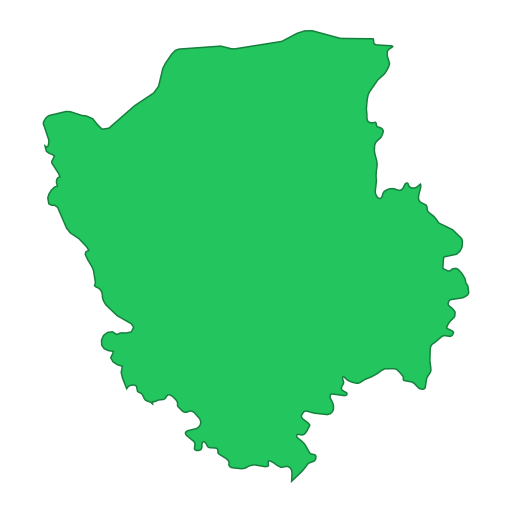 an SVG outline of Volyn
{"feature_id": "UKR-318", "entity_name": "Volyn", "entity_type": "Region", "adm_level": 1, "iso_a3": "UKR", "parent_name": "Ukraine", "parent_adm1": "", "projection": "albers", "projection_center": [25.131, 51.122], "detail": "fine", "context": "isolated", "style": "filled", "palette": "green", "viewbox_px": 512, "rotation_deg": 0, "n_neighbors": 0, "source": "natural_earth", "source_scale": "10m", "svg_char_len": 6040}
<svg xmlns="http://www.w3.org/2000/svg" viewBox="0 0 512 512"><path d="M312.1,30.7L340.4,38.4L373.3,38.8L374.0,43.6L376.1,44.9L391.4,45.8L392.3,46.1L392.7,46.5L392.1,47.2L389.0,49.2L387.8,50.5L387.4,51.6L387.2,52.9L387.2,54.8L387.5,56.8L389.4,62.8L389.5,63.8L388.7,66.6L387.0,70.0L384.9,73.3L383.7,74.6L377.8,79.9L369.6,91.8L368.2,94.5L367.3,98.9L366.7,104.5L366.4,109.2L366.9,114.5L366.9,118.0L367.3,120.0L367.7,120.8L368.2,121.6L369.7,122.5L371.9,122.9L375.5,122.3L376.0,122.9L376.6,125.8L377.1,126.5L377.9,127.0L380.9,127.9L381.7,128.4L382.3,129.0L383.2,130.6L383.2,131.9L382.7,133.6L381.4,136.5L380.5,137.9L377.5,140.5L376.3,141.8L375.3,143.4L374.9,144.5L374.6,146.0L374.4,150.3L374.5,151.6L374.9,153.9L376.8,161.3L377.1,164.5L376.9,166.9L376.3,171.5L376.1,175.1L376.1,177.3L376.5,180.5L375.2,191.7L375.6,194.0L376.8,196.4L377.9,197.7L378.6,198.2L380.2,198.5L381.0,198.1L381.6,197.5L382.0,196.7L382.9,193.7L383.8,192.0L384.4,191.3L386.7,189.9L388.4,189.2L390.3,188.7L392.5,188.6L394.7,188.9L398.3,190.3L400.2,190.3L401.8,189.5L403.0,188.2L405.1,184.0L405.8,183.3L406.6,183.0L407.4,183.1L408.0,183.6L408.6,185.4L409.6,186.9L411.3,187.8L412.4,188.0L414.6,188.0L416.4,187.4L420.4,184.1L420.8,185.0L420.7,187.3L419.1,193.4L418.6,196.3L418.4,198.4L418.7,199.3L419.4,200.9L420.6,202.3L426.1,205.1L426.8,206.3L427.4,210.3L427.8,211.2L428.9,212.5L433.9,216.4L437.2,220.5L438.1,222.0L439.3,223.3L452.4,229.6L461.3,238.2L461.8,239.0L462.4,240.8L462.3,244.9L462.1,246.6L461.4,248.5L459.9,251.3L456.6,254.2L444.5,256.8L443.7,257.4L443.5,259.1L442.9,266.7L442.9,268.1L443.4,268.8L448.5,271.1L450.2,270.7L452.5,268.9L454.2,268.5L456.1,268.4L457.7,269.1L459.1,270.3L462.0,273.6L464.8,278.2L465.3,280.0L465.9,283.1L467.5,285.2L468.0,286.9L468.7,292.3L468.4,293.5L467.7,294.8L465.4,296.5L462.6,297.8L450.4,299.7L449.5,300.3L448.8,301.4L448.1,303.4L448.2,304.6L448.6,305.5L452.0,308.2L454.4,310.9L454.8,311.6L455.1,312.5L455.0,313.6L454.8,315.8L454.5,316.9L449.5,322.0L447.4,325.4L446.8,327.2L447.0,328.3L447.8,328.8L451.9,330.7L452.9,331.5L453.3,332.0L453.5,332.7L453.3,333.4L452.3,335.1L450.8,336.3L449.2,336.3L444.9,335.6L443.0,335.9L441.6,336.7L434.0,343.1L432.3,344.1L431.5,345.1L430.5,347.1L430.2,349.2L429.9,360.7L430.8,368.0L430.9,370.1L430.7,371.2L430.4,372.1L429.2,374.2L428.2,375.6L427.0,377.6L426.6,378.6L425.2,387.7L424.5,388.6L423.6,389.1L421.8,389.2L419.5,388.6L418.1,387.5L414.5,383.7L412.2,382.1L404.4,380.6L403.6,380.2L403.2,379.5L403.4,377.8L403.3,376.9L402.9,376.2L399.5,372.1L396.9,369.6L396.0,369.1L393.8,368.7L384.7,368.8L381.2,370.7L377.5,373.5L370.9,377.1L365.0,379.4L359.8,382.7L358.2,383.2L356.7,383.3L352.4,382.3L348.8,380.9L346.6,379.4L344.1,376.9L343.4,376.7L342.8,376.9L342.6,378.3L342.7,379.3L343.7,382.1L343.5,383.1L343.0,384.5L341.8,386.4L341.4,388.3L341.6,389.4L342.2,390.2L346.2,392.6L346.9,393.2L347.0,394.1L346.6,394.9L345.2,395.6L344.1,395.6L331.7,393.9L330.8,394.4L330.2,395.3L330.0,397.0L330.3,398.1L332.4,402.2L333.0,404.0L333.5,405.9L333.5,408.1L333.4,409.3L333.0,410.6L332.1,412.0L330.3,413.7L327.5,414.6L314.4,413.2L306.3,411.0L304.5,411.4L303.6,412.1L301.9,414.5L301.4,415.6L301.4,416.6L302.0,418.0L302.7,418.8L307.8,422.7L309.5,424.6L309.8,425.3L306.9,431.0L305.6,432.8L304.4,434.1L302.7,434.9L301.7,434.9L298.5,434.4L297.5,434.5L296.8,435.0L296.6,435.8L296.9,437.0L297.5,437.8L301.1,440.6L303.7,443.0L305.3,445.2L309.7,452.9L311.2,454.0L314.3,454.6L315.2,455.0L315.7,455.7L315.9,456.6L315.9,457.9L315.5,459.3L314.5,460.9L312.1,461.9L309.0,463.0L307.6,464.1L305.6,467.0L301.9,471.4L291.6,481.3L292.0,473.5L291.7,470.5L290.7,468.6L289.9,467.7L288.2,466.6L286.5,466.4L281.3,467.4L277.7,465.7L272.8,462.3L270.4,461.1L268.8,460.7L268.3,461.5L268.2,462.4L268.5,465.6L267.4,466.4L265.2,466.7L254.3,464.8L250.3,465.6L248.5,466.2L245.4,468.1L243.7,468.5L241.1,468.7L232.6,467.8L230.7,467.3L229.4,466.1L229.0,465.3L228.9,464.3L229.1,462.1L228.2,460.5L226.5,458.8L219.3,454.3L218.0,453.1L217.8,449.9L217.2,448.7L216.3,448.2L215.2,448.0L209.7,447.7L208.4,447.2L207.5,446.5L206.1,443.6L205.0,442.3L204.0,441.8L203.1,441.8L202.4,442.4L202.1,443.3L201.9,444.3L201.9,447.5L201.1,449.3L200.2,450.0L199.0,450.4L196.5,450.5L195.3,450.0L194.6,449.3L194.4,448.4L195.0,444.2L194.6,442.4L193.7,441.4L186.5,435.4L185.6,433.9L185.4,433.1L185.7,432.3L186.2,431.6L187.7,430.7L196.3,428.6L197.9,427.7L199.1,426.5L200.2,425.0L200.7,423.0L200.7,422.0L200.3,420.0L199.4,418.4L194.3,412.6L192.6,411.5L190.8,411.0L189.8,411.1L186.8,412.2L184.9,412.3L182.8,411.5L177.9,406.5L177.5,405.7L177.5,404.7L177.7,403.8L177.4,402.4L176.6,400.6L173.5,397.3L171.4,395.7L169.9,394.9L168.4,394.8L167.7,395.1L166.5,396.3L165.6,397.9L165.0,398.6L163.4,399.5L159.3,399.9L157.3,400.4L155.6,401.4L152.6,401.9L152.6,404.0L150.7,402.2L147.5,401.2L145.5,400.2L144.0,398.1L142.9,395.6L141.5,393.4L139.1,392.5L137.5,391.3L136.5,386.2L134.4,385.0L132.0,385.1L129.8,385.6L128.0,386.8L126.7,388.7L122.5,378.1L121.2,372.3L122.4,366.2L117.7,364.9L113.1,361.9L110.7,357.7L113.0,353.0L113.1,351.3L108.3,350.6L104.2,348.7L101.7,345.2L101.5,340.0L103.7,335.3L107.7,332.4L112.4,331.8L116.9,334.5L120.5,332.9L126.2,333.0L131.4,331.9L133.6,327.2L131.4,323.8L117.2,315.7L105.8,304.8L103.3,300.4L102.4,296.9L102.3,294.4L101.8,292.2L100.0,289.2L97.9,287.8L95.7,286.8L94.5,285.7L95.3,283.6L95.3,281.9L93.5,270.5L92.0,266.8L87.7,259.7L85.2,254.3L85.9,251.8L88.8,250.4L86.9,247.1L78.9,238.6L70.4,233.0L66.6,228.2L57.6,207.3L54.7,205.3L51.4,205.2L48.8,203.8L47.8,197.9L48.8,194.3L51.2,190.4L54.3,187.2L57.4,186.1L56.4,182.4L56.7,179.6L57.9,177.7L59.9,176.8L58.6,173.5L51.9,163.2L51.7,161.5L54.4,156.1L52.1,154.4L49.0,153.2L46.4,151.3L45.3,147.4L45.0,145.8L46.6,147.0L48.1,146.2L48.9,142.1L48.6,139.4L44.2,126.2L43.3,124.1L43.5,121.9L45.7,118.3L47.4,116.6L49.5,115.4L66.0,111.5L70.0,111.6L81.9,115.5L86.1,115.9L92.7,118.7L97.4,124.6L102.1,129.2L108.9,128.2L134.5,105.8L153.8,92.9L158.6,86.2L162.8,68.5L165.5,63.2L171.7,54.1L175.4,50.4L178.9,49.1L220.8,46.1L231.1,48.7L234.6,48.9L281.8,41.4L296.9,33.4L304.5,30.9L312.1,30.7Z" fill="#22c55e" stroke="#15803d" stroke-width="1.5"/></svg>